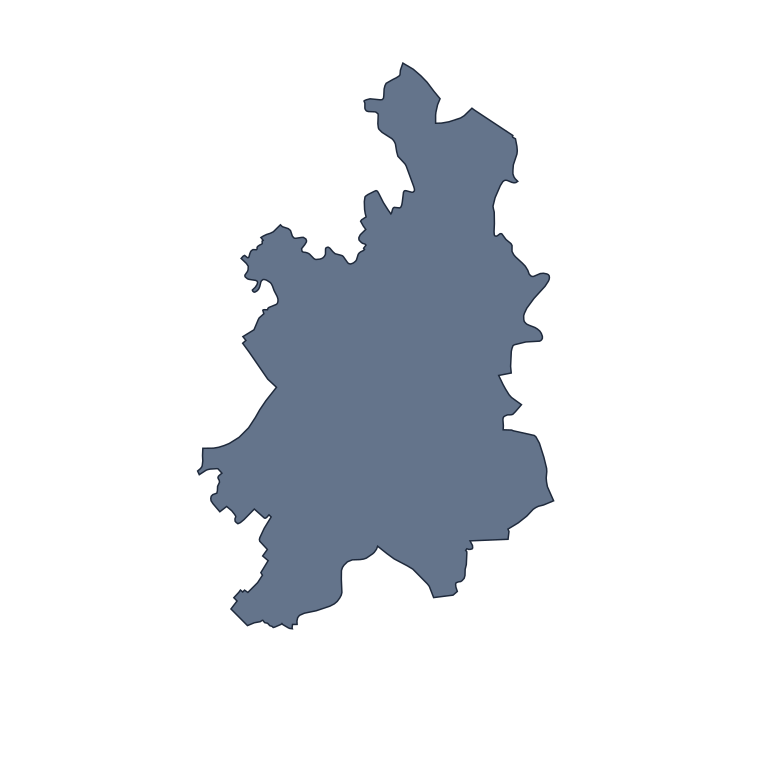 outline of Hai Duong, Hải Dương, Vietnam, rotated 312°
{"feature_id": "81297802B68427461655945", "entity_name": "Hai Duong", "entity_type": "district", "adm_level": 2, "iso_a3": "VNM", "parent_name": "Vietnam", "parent_adm1": "Hải Dương", "projection": "mercator", "projection_center": [106.339, 20.94], "detail": "fine", "context": "isolated", "style": "filled", "palette": "slate", "viewbox_px": 768, "rotation_deg": 312, "n_neighbors": 0, "source": "geoboundaries", "source_scale": "gbopen_adm2", "svg_char_len": 6171}
<svg xmlns="http://www.w3.org/2000/svg" viewBox="0 0 768 768"><g transform="rotate(312 384 384)"><path d="M147.2,480.3L149.6,477.9L152.6,476.2L155.5,476.0L160.4,478.2L170.2,485.4L182.8,492.5L187.4,494.2L191.2,494.7L195.3,494.3L198.5,493.5L200.9,492.2L210.4,482.9L216.9,477.2L219.9,475.9L222.6,475.5L227.4,475.8L232.1,478.1L237.5,483.7L240.3,486.0L242.8,487.4L250.2,489.2L252.3,489.4L256.1,489.0L259.2,487.8L259.9,499.5L260.8,508.5L264.5,523.1L265.7,529.3L264.5,549.9L263.9,553.1L258.5,563.8L273.3,576.6L278.9,577.3L281.2,573.3L283.2,571.1L284.6,570.6L286.9,571.8L288.5,573.2L290.1,573.6L293.2,573.6L295.9,572.3L300.6,568.3L304.9,566.0L313.9,558.6L314.9,557.5L314.9,556.1L317.0,555.8L317.8,557.7L318.9,558.8L320.4,559.8L321.5,559.6L323.2,557.8L325.0,552.9L351.6,580.1L358.0,575.6L359.1,573.2L370.7,576.7L381.4,578.5L390.7,578.7L393.8,579.5L396.5,580.6L400.8,583.5L410.7,588.2L417.0,574.2L420.0,570.3L422.7,567.4L427.8,563.6L430.1,561.3L436.5,551.9L444.0,539.1L446.4,532.2L446.3,530.1L435.7,511.3L435.2,509.7L429.7,503.2L432.8,500.7L437.1,496.2L438.6,495.2L439.8,494.9L441.5,495.4L443.8,496.5L446.0,498.9L447.6,500.0L451.3,500.2L460.6,500.0L459.3,487.8L459.7,484.1L461.6,477.6L463.3,472.7L467.1,463.5L477.3,471.2L481.8,466.3L493.4,456.8L496.1,455.3L498.9,454.2L500.5,454.7L510.2,461.3L520.0,471.0L521.4,471.5L522.7,471.5L524.0,471.1L525.4,469.8L526.9,467.0L527.6,464.3L527.5,461.1L527.0,458.4L524.7,452.4L524.0,450.0L524.0,448.7L524.3,446.4L525.5,444.7L528.2,442.1L530.6,441.0L535.9,439.4L547.9,438.2L564.4,438.3L570.2,437.4L572.1,436.8L573.7,435.8L574.9,434.4L575.2,433.0L574.8,431.4L573.0,428.4L570.6,426.2L564.1,423.2L563.0,422.1L562.6,420.7L562.8,418.3L564.7,414.8L566.1,410.1L566.4,405.9L566.5,396.6L566.9,393.8L568.2,390.4L572.6,386.5L573.3,384.4L573.0,378.0L574.4,371.2L574.2,370.6L573.4,369.7L570.2,369.1L568.9,368.5L568.3,367.3L568.6,366.2L570.9,363.8L577.1,358.7L585.5,350.9L587.4,348.1L589.1,346.0L596.8,341.9L609.3,337.7L613.9,336.9L615.8,337.3L616.9,338.1L617.7,339.3L619.4,344.1L620.5,346.0L621.9,347.2L624.1,347.8L624.3,344.1L624.9,341.9L626.4,339.2L629.1,336.8L633.4,333.5L643.9,328.9L646.5,327.0L649.5,323.8L654.2,317.6L653.5,314.7L653.7,314.0L654.9,313.5L648.1,268.1L647.8,264.8L637.1,264.1L632.9,262.9L622.3,256.8L616.3,252.1L612.3,247.9L618.4,242.4L620.6,240.8L627.3,237.0L633.5,234.8L634.9,225.4L637.1,214.0L637.7,205.3L637.5,195.1L635.1,183.3L628.2,186.2L624.5,189.0L622.9,189.1L619.7,188.2L616.2,186.8L608.9,184.4L606.3,185.1L603.3,186.7L598.3,190.8L596.0,192.4L594.2,192.4L592.8,191.2L586.6,182.8L583.4,180.7L581.4,179.8L580.9,179.8L579.9,181.9L576.2,185.2L575.5,186.4L575.2,188.0L575.4,188.9L576.1,190.2L580.0,194.9L580.6,195.9L580.8,198.7L580.0,199.7L573.3,205.3L570.5,208.5L569.9,209.9L569.7,214.3L571.6,225.7L571.4,228.1L570.8,230.1L570.0,231.9L565.1,238.0L562.5,242.0L561.8,250.4L561.5,252.8L560.8,254.7L550.5,274.2L549.2,276.2L548.2,277.1L547.4,277.4L545.8,277.1L545.1,276.4L542.5,271.2L541.7,270.2L541.0,269.9L539.5,270.2L531.5,275.8L529.1,277.3L527.0,278.1L525.4,277.9L522.1,273.4L521.1,273.1L519.7,273.4L516.3,275.1L515.0,275.3L516.0,270.8L518.4,262.2L522.0,252.9L522.8,250.4L522.8,249.7L522.4,248.7L520.8,247.9L514.1,245.3L511.6,244.7L510.3,244.7L506.4,247.3L500.7,252.8L498.2,255.9L496.2,258.9L491.1,257.5L489.3,257.7L487.5,263.0L486.7,267.0L479.1,266.5L476.1,267.3L474.9,268.3L474.2,269.4L474.0,272.6L474.2,274.0L475.2,276.0L475.3,277.2L475.1,277.7L471.2,278.0L470.9,279.5L469.2,279.3L466.5,278.2L464.5,277.9L463.0,278.1L457.8,280.5L456.3,280.7L453.6,280.3L451.9,279.5L450.6,278.6L449.8,276.9L449.9,275.5L451.5,268.4L451.4,267.1L450.8,265.7L448.1,260.5L448.1,257.4L448.7,253.0L448.4,251.1L447.6,250.3L446.0,249.8L445.2,250.2L441.2,253.7L438.9,254.3L437.0,254.2L435.7,253.8L433.9,252.8L431.1,250.2L430.6,249.4L430.3,247.9L430.7,241.9L430.6,240.9L430.2,239.5L429.3,237.6L428.1,236.0L427.8,235.1L427.8,234.3L429.4,232.2L434.5,231.9L437.6,231.3L438.6,230.6L439.5,228.9L439.0,225.9L437.6,224.5L433.3,221.0L432.5,220.0L432.3,219.1L432.6,216.9L435.4,212.0L435.5,211.3L435.4,208.9L432.9,203.2L433.0,200.5L423.1,199.9L419.8,198.6L416.6,196.7L413.2,195.3L410.5,194.5L409.9,198.1L408.6,197.8L407.0,199.5L406.1,199.5L404.0,198.6L401.9,198.1L400.7,198.2L399.8,199.1L398.8,199.4L398.4,199.3L396.2,196.7L394.3,196.2L392.9,196.4L391.0,197.1L388.1,198.6L387.3,198.6L386.8,198.4L386.5,197.8L386.3,194.4L384.8,193.8L381.7,193.8L381.5,201.0L380.7,204.3L378.0,206.5L376.4,207.2L371.8,207.8L371.0,208.6L370.7,209.3L370.8,212.2L371.4,213.6L375.2,219.4L375.5,221.1L374.9,222.1L373.0,223.1L369.6,223.6L365.7,223.3L365.2,224.3L365.2,225.5L365.5,226.2L366.2,226.7L368.1,227.3L370.0,227.4L371.2,227.2L373.2,226.5L377.5,224.2L378.6,223.9L380.5,224.1L381.3,224.8L382.0,225.9L382.6,227.3L383.3,231.6L383.1,233.1L382.2,235.5L379.9,239.8L377.5,246.1L376.2,248.3L374.6,249.8L372.9,250.7L371.3,250.8L364.0,247.3L362.8,247.1L361.2,247.7L359.0,245.2L358.2,244.6L357.7,244.6L355.8,247.7L349.7,247.0L347.9,247.4L337.3,251.1L324.8,247.4L324.0,252.2L319.7,251.7L317.4,262.7L309.8,294.4L309.6,306.3L292.5,307.4L281.7,308.9L273.1,310.8L260.8,312.7L247.5,312.0L236.3,308.8L231.3,306.4L226.4,303.5L222.2,300.2L215.0,292.4L209.3,297.1L205.6,300.8L201.9,303.4L200.6,304.0L198.4,304.2L194.6,303.7L193.0,307.4L200.9,309.5L202.3,310.2L204.4,311.7L209.3,316.5L209.9,317.3L209.3,323.2L205.6,322.7L204.6,322.7L203.5,323.1L202.8,324.0L202.1,326.1L200.9,327.5L196.6,328.8L193.2,331.6L191.0,332.8L187.3,330.8L185.0,330.7L183.1,331.8L181.5,333.6L180.6,337.0L179.2,347.5L187.7,349.0L187.9,355.7L187.2,359.9L186.6,362.1L186.1,362.7L184.0,363.5L182.4,365.2L182.2,366.8L182.4,368.9L184.9,370.0L189.6,370.7L204.3,371.3L204.3,384.7L204.7,385.5L206.1,386.1L209.8,386.1L209.7,389.1L196.7,391.5L186.8,394.5L185.1,395.4L184.0,396.9L183.0,408.0L175.0,408.9L175.2,416.1L161.4,418.7L160.6,421.6L151.8,423.0L138.0,422.3L137.5,418.3L134.9,418.2L134.8,415.2L132.3,415.5L124.7,415.4L124.4,420.0L114.4,420.8L113.1,444.2L119.8,447.4L124.6,451.1L126.8,451.6L127.3,452.0L126.8,455.0L128.3,457.6L128.0,460.9L129.0,463.0L128.9,464.6L130.5,465.6L136.6,468.4L137.7,468.4L137.5,469.8L138.7,475.8L139.2,477.4L140.8,479.7L141.4,478.8L144.1,476.9L147.2,480.3Z" fill="#64748b" stroke="#1e293b" stroke-width="1.5"/></g></svg>